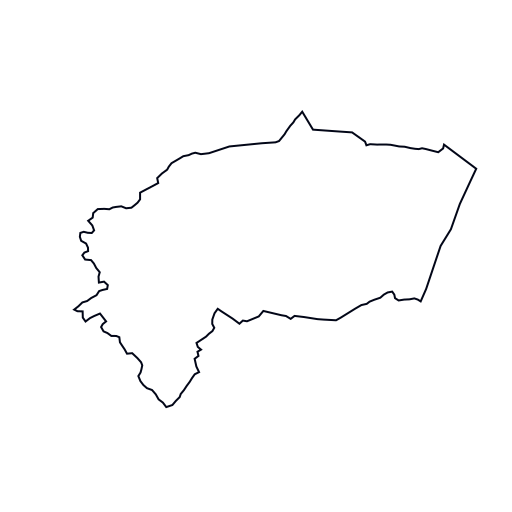 Simão Dias, Sergipe, Brazil (Mercator projection), rotated 202°
{"feature_id": "56859067B91513097865044", "entity_name": "Simão Dias", "entity_type": "district", "adm_level": 2, "iso_a3": "BRA", "parent_name": "Brazil", "parent_adm1": "Sergipe", "projection": "mercator", "projection_center": [-37.797, -10.741], "detail": "fine", "context": "isolated", "style": "outline", "palette": "ink", "viewbox_px": 512, "rotation_deg": 202, "n_neighbors": 0, "source": "geoboundaries", "source_scale": "gbopen_adm2", "svg_char_len": 2495}
<svg xmlns="http://www.w3.org/2000/svg" viewBox="0 0 512 512"><g transform="rotate(202 256 256)"><path d="M424.8,225.8L419.2,223.0L415.7,219.1L416.9,215.8L420.7,214.5L424.8,213.9L427.5,211.6L426.5,207.8L423.8,204.6L418.2,203.9L414.9,200.8L413.5,197.6L416.4,194.9L417.3,191.6L413.1,188.7L407.4,190.4L403.5,188.3L399.6,185.0L394.8,182.4L394.3,177.9L391.7,172.5L387.3,175.3L382.5,173.5L381.7,169.7L385.6,167.0L388.3,164.7L389.2,159.9L393.0,155.4L395.7,151.0L399.6,147.9L401.8,142.9L404.5,138.2L400.9,137.9L396.0,139.7L393.5,134.0L389.5,131.4L386.6,136.3L383.5,139.8L379.1,144.2L370.5,139.2L372.6,135.4L373.0,132.1L369.1,129.0L364.9,128.9L360.2,127.7L355.6,129.5L352.3,129.5L349.8,125.0L346.2,122.5L342.8,120.2L339.0,117.1L334.4,119.5L327.7,116.9L322.7,114.4L320.5,112.0L319.8,108.1L319.4,104.7L320.1,100.6L316.3,96.7L312.1,94.2L307.6,92.6L302.2,92.8L297.1,90.2L292.6,86.6L287.4,85.2L282.6,82.3L277.7,86.5L276.0,91.7L273.9,96.6L274.1,99.9L272.6,104.6L271.6,109.6L270.3,114.6L269.6,118.8L268.5,123.4L265.3,127.0L269.9,131.2L274.4,137.7L271.9,141.8L274.4,145.3L271.9,148.6L275.9,149.9L278.6,153.1L272.1,162.5L270.5,166.3L268.3,170.0L267.8,173.8L271.1,176.6L272.7,180.7L273.0,187.4L271.7,192.7L267.2,191.7L254.3,189.2L246.0,187.0L244.0,191.2L239.9,192.1L230.8,201.0L228.6,207.8L210.2,210.6L205.7,211.6L200.3,210.7L197.8,214.9L188.6,217.4L175.3,220.5L169.4,222.4L157.7,226.4L154.4,230.5L144.4,244.2L139.9,250.0L135.4,253.1L133.6,256.2L130.0,259.7L125.1,263.9L123.0,268.1L120.3,271.5L116.4,274.0L113.3,272.0L111.3,269.0L107.1,268.2L102.3,271.1L97.5,273.3L93.3,276.0L89.7,276.2L86.3,275.6L85.9,289.2L87.7,319.2L88.6,334.5L85.3,353.8L86.5,380.6L85.2,406.6L84.5,419.4L123.4,429.7L122.8,425.8L125.9,420.5L132.4,419.6L138.6,418.8L142.4,418.1L145.1,416.1L148.6,415.0L153.2,413.9L159.1,413.0L164.3,411.2L168.5,410.4L173.0,409.5L177.1,408.1L180.9,406.6L185.6,404.6L188.9,403.5L192.1,402.4L195.1,400.0L197.7,402.9L213.2,406.6L227.3,402.0L250.5,394.5L267.2,407.1L268.5,402.9L270.9,397.3L271.4,393.9L273.0,389.6L274.6,383.0L275.1,379.6L276.4,375.4L277.7,371.2L280.5,368.7L292.9,362.7L321.7,347.6L338.1,333.7L341.9,331.6L345.2,329.8L351.0,329.0L353.8,326.9L356.2,324.3L360.8,321.3L363.3,317.9L366.0,314.4L369.1,310.4L370.3,306.2L370.7,302.8L374.1,297.3L376.8,291.2L374.0,287.0L387.2,271.3L384.7,265.1L385.8,261.0L387.6,257.6L389.6,254.1L394.3,251.6L399.5,251.6L404.1,249.1L407.0,247.3L409.5,244.4L414.3,242.9L420.3,240.2L423.0,234.8L421.8,230.4L424.8,225.8Z" fill="none" stroke="#020617" stroke-width="2"/></g></svg>